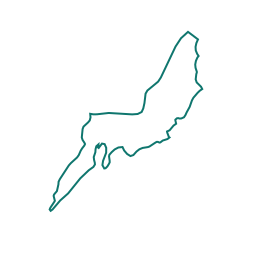 map outline of Davao Oriental (Robinson projection), rotated 38°
{"feature_id": "PHL-2597", "entity_name": "Davao Oriental", "entity_type": "Province", "adm_level": 1, "iso_a3": "PHL", "parent_name": "Philippines", "parent_adm1": "", "projection": "robinson", "projection_center": [126.309, 7.14], "detail": "fine", "context": "isolated", "style": "outline", "palette": "teal", "viewbox_px": 256, "rotation_deg": 38, "n_neighbors": 0, "source": "natural_earth", "source_scale": "10m", "svg_char_len": 1745}
<svg xmlns="http://www.w3.org/2000/svg" viewBox="0 0 256 256"><g transform="rotate(38 128 128)"><path d="M139.3,27.8L139.3,29.7L140.2,33.3L141.9,36.6L144.2,39.0L147.6,41.3L148.1,42.0L148.6,43.4L151.4,48.0L154.1,49.8L160.1,50.5L162.5,51.6L161.6,54.5L161.2,57.4L160.9,63.8L161.4,66.9L163.6,73.4L164.6,79.6L165.3,82.4L165.5,85.1L164.1,87.7L162.8,88.8L161.5,89.3L160.6,90.2L160.2,92.3L160.6,92.8L163.3,95.0L162.4,98.0L162.2,104.2L160.9,106.7L161.8,107.5L165.7,109.9L166.5,109.9L165.9,112.4L163.1,116.5L162.5,118.9L162.1,119.9L161.2,120.3L160.2,120.5L159.3,121.1L158.7,122.3L156.3,129.4L155.5,130.7L151.8,134.7L150.1,137.7L149.2,141.3L148.9,146.0L147.2,148.6L143.3,149.0L138.8,148.1L135.4,146.4L132.4,149.3L130.7,153.1L130.0,157.1L129.8,160.5L130.5,162.0L133.6,165.0L134.7,166.3L135.1,168.3L135.4,171.0L135.1,173.5L134.2,174.5L130.7,173.0L128.6,169.3L126.0,160.9L123.0,157.0L119.5,155.1L117.1,156.3L117.2,161.8L116.4,161.8L116.1,161.0L114.8,159.1L114.3,161.9L115.5,164.7L117.2,167.2L118.9,172.0L121.0,174.1L123.2,175.8L124.4,177.1L124.7,180.0L123.1,185.4L121.4,197.0L121.1,216.4L119.2,226.8L118.7,238.7L118.0,240.9L116.4,240.4L115.9,238.5L115.4,231.9L115.2,230.4L111.2,227.3L110.7,226.0L110.7,224.5L110.8,222.8L110.8,221.4L107.9,215.3L106.4,213.1L105.8,210.4L104.4,193.9L104.6,190.8L106.0,182.6L105.9,179.7L104.7,175.0L104.4,172.2L104.4,168.7L104.0,167.1L102.6,166.4L99.6,165.4L97.4,163.9L92.9,156.8L92.1,154.3L93.1,148.2L93.2,145.6L91.9,142.7L89.5,140.1L92.4,138.5L95.1,136.3L103.6,128.0L122.9,114.7L127.0,111.0L128.9,107.0L128.0,103.2L125.6,98.2L120.7,90.1L120.2,86.5L123.2,72.9L122.8,68.0L115.3,34.5L114.5,24.6L116.1,15.3L128.6,15.1L129.6,19.0L131.3,22.5L133.7,25.2L136.9,27.0L139.3,27.8Z" fill="none" stroke="#0f766e" stroke-width="2"/></g></svg>